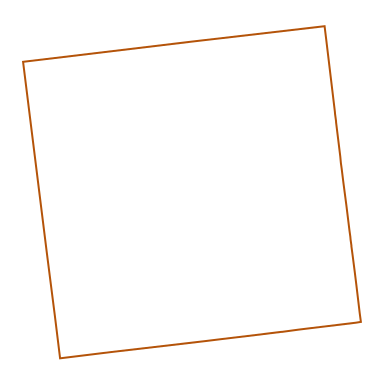 the district of Cherokee, Kansas, United States of America, rotated 353°
{"feature_id": "52423323B71068328683000", "entity_name": "Cherokee", "entity_type": "district", "adm_level": 2, "iso_a3": "USA", "parent_name": "United States of America", "parent_adm1": "Kansas", "projection": "equal_earth", "projection_center": [-94.732, 37.169], "detail": "fine", "context": "isolated", "style": "outline", "palette": "amber", "viewbox_px": 384, "rotation_deg": 353, "n_neighbors": 0, "source": "geoboundaries", "source_scale": "gbopen_adm2", "svg_char_len": 774}
<svg xmlns="http://www.w3.org/2000/svg" viewBox="0 0 384 384"><g transform="rotate(353 192 192)"><path d="M343.8,43.6L209.0,42.7L40.2,42.2L40.5,234.7L40.8,298.4L40.8,341.0L56.8,341.0L64.5,341.0L69.5,341.0L82.1,341.0L84.6,341.0L92.8,341.0L187.3,341.6L189.6,341.6L195.5,341.6L201.9,341.6L237.8,341.7L263.1,341.7L264.5,341.8L280.7,341.6L288.0,341.6L289.4,341.6L338.9,341.7L343.8,341.5L343.7,332.7L343.8,305.0L343.8,290.7L343.7,274.6L343.6,265.1L343.7,264.7L343.6,258.5L343.6,258.3L343.7,255.7L343.6,249.3L343.6,241.2L343.6,226.6L343.6,224.3L343.4,199.9L343.4,187.1L343.3,181.5L343.5,174.8L343.5,169.6L343.5,158.5L343.5,158.1L343.5,147.4L343.5,140.3L343.6,139.2L343.5,132.0L343.6,129.5L343.8,56.6L343.8,45.0L343.8,43.6Z" fill="none" stroke="#b45309" stroke-width="2"/></g></svg>